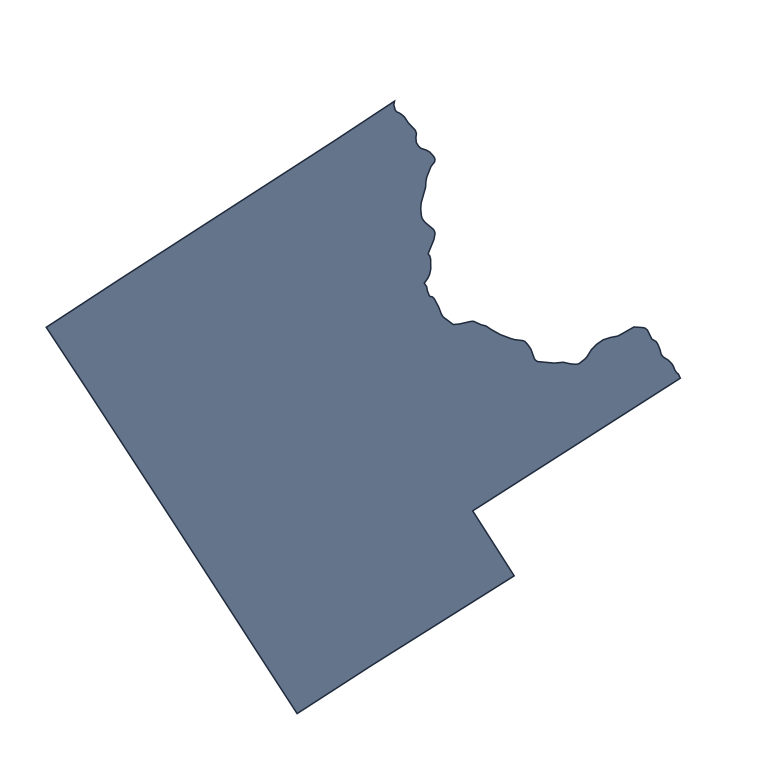 the district of Polk, Wisconsin, United States of America, rotated 147°
{"feature_id": "52423323B37723484890273", "entity_name": "Polk", "entity_type": "district", "adm_level": 2, "iso_a3": "USA", "parent_name": "United States of America", "parent_adm1": "Wisconsin", "projection": "equal_earth", "projection_center": [-92.71, 45.469], "detail": "fine", "context": "isolated", "style": "filled", "palette": "slate", "viewbox_px": 768, "rotation_deg": 147, "n_neighbors": 0, "source": "geoboundaries", "source_scale": "gbopen_adm2", "svg_char_len": 1527}
<svg xmlns="http://www.w3.org/2000/svg" viewBox="0 0 768 768"><g transform="rotate(147 384 384)"><path d="M229.7,538.3L226.0,540.9L220.6,542.7L219.0,544.4L218.4,546.2L218.4,548.1L219.3,553.6L221.1,557.1L224.8,561.8L225.5,565.1L225.4,568.9L223.0,573.3L220.4,576.3L219.5,579.7L221.4,589.8L221.4,596.8L222.6,600.9L223.9,603.6L225.1,605.2L225.4,607.4L223.8,612.7L221.1,615.5L294.6,615.0L548.4,615.8L636.4,615.5L636.0,539.2L635.9,385.1L636.3,231.4L636.4,154.9L547.3,154.7L379.3,152.2L378.7,229.3L132.3,227.5L131.7,232.1L132.4,234.1L132.5,237.1L131.6,241.5L131.6,244.6L132.6,249.2L135.1,254.6L135.4,257.7L133.8,262.4L132.7,268.0L132.7,271.4L134.9,275.9L133.7,285.7L134.6,288.7L136.4,290.5L143.3,295.7L160.2,296.7L162.1,297.0L168.7,299.7L176.2,301.7L183.9,301.5L191.2,299.9L199.0,296.3L202.0,295.5L208.8,294.9L210.5,295.1L212.7,296.3L216.6,299.3L221.9,304.7L229.7,308.7L243.1,319.3L244.0,321.6L244.1,323.2L241.8,333.1L242.0,339.2L242.7,343.1L244.3,345.1L250.2,350.0L252.9,353.1L259.6,362.2L264.4,371.3L266.9,377.2L270.2,380.7L274.7,387.8L276.8,389.1L287.9,393.2L293.1,395.9L293.7,396.6L297.9,408.1L297.8,411.4L296.2,418.8L295.4,428.2L295.9,430.6L297.7,432.5L297.9,433.5L296.8,438.6L295.2,442.3L295.3,446.6L289.7,448.8L285.9,451.2L282.1,455.0L278.6,460.6L277.0,463.0L275.8,466.5L276.1,468.8L275.5,469.6L263.5,477.9L259.2,482.4L258.5,484.3L258.3,486.7L261.4,496.7L261.8,499.4L261.8,502.1L261.1,504.5L257.8,510.9L254.2,515.6L242.0,526.3L238.6,530.9L235.5,534.2L229.7,538.3Z" fill="#64748b" stroke="#1e293b" stroke-width="1.5"/></g></svg>